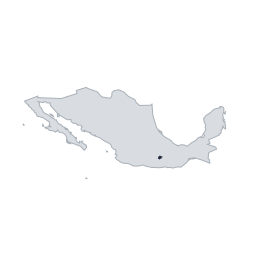 Atenango del Río, Guerrero, Mexico (highlighted), rotated 339°
{"feature_id": "50627088B76307625874886", "entity_name": "Atenango del Río", "entity_type": "district", "adm_level": 2, "iso_a3": "MEX", "parent_name": "Mexico", "parent_adm1": "Guerrero", "projection": "albers", "projection_center": [-99.114, 18.136], "detail": "fine", "context": "in_parent", "style": "filled", "palette": "slate", "viewbox_px": 256, "rotation_deg": 339, "n_neighbors": 0, "source": "geoboundaries", "source_scale": "gbopen_adm2", "svg_char_len": 4221}
<svg xmlns="http://www.w3.org/2000/svg" viewBox="0 0 256 256"><g transform="rotate(339 128 128)"><path d="M41.0,65.8L55.2,65.9L54.4,67.2L76.2,76.6L92.9,77.5L93.1,74.5L103.5,75.1L105.2,77.2L112.3,83.2L113.9,88.0L115.2,89.9L121.9,93.8L124.2,92.5L125.9,89.0L128.0,88.2L132.9,88.9L137.0,92.9L139.7,98.6L144.5,103.8L144.8,107.0L146.9,111.1L157.5,114.9L158.9,114.3L155.8,124.8L154.8,137.4L155.3,140.1L158.1,143.7L157.6,145.7L157.7,143.7L155.4,140.7L156.1,143.5L159.0,149.4L163.7,155.1L164.8,158.6L168.1,162.2L167.2,162.1L169.1,162.9L168.5,162.4L171.9,162.8L174.4,164.0L176.6,166.3L182.4,164.4L186.6,164.0L189.4,162.5L192.4,162.1L193.0,162.6L192.8,163.3L195.3,163.7L196.9,162.5L196.4,160.7L195.6,161.2L195.8,160.8L200.1,157.5L200.3,154.9L201.5,153.4L201.3,149.3L202.0,146.2L205.3,144.3L211.1,143.0L213.6,141.8L216.5,141.4L221.3,142.2L221.7,141.5L220.4,141.5L222.0,141.0L224.0,142.2L224.5,144.0L223.6,146.5L220.8,150.4L220.8,152.9L219.3,154.5L219.6,155.1L221.0,154.8L219.6,156.4L219.7,157.1L220.7,156.8L219.1,163.2L218.7,163.8L217.6,162.4L217.2,160.1L215.9,162.6L214.5,162.9L212.9,166.2L210.8,166.3L210.7,167.3L198.9,167.9L199.1,171.7L196.4,171.8L203.1,177.3L203.0,179.5L194.6,179.8L191.8,185.3L192.7,186.6L191.8,190.2L185.5,184.4L180.5,180.4L177.5,179.0L177.2,179.4L180.0,180.7L175.7,179.6L175.9,178.6L174.8,179.0L174.1,178.2L173.3,179.1L174.8,179.5L172.6,179.8L170.5,181.2L163.7,183.5L159.3,181.8L155.6,181.5L153.1,179.9L150.7,179.2L149.1,177.7L143.1,176.4L135.7,173.1L130.9,170.0L128.9,167.9L123.9,167.2L119.2,165.3L116.2,161.8L109.8,158.4L106.5,153.8L105.4,151.0L108.0,149.8L107.6,148.6L106.5,148.2L108.3,146.2L108.6,143.7L107.2,142.8L105.9,140.2L106.0,137.9L105.2,135.9L101.5,131.9L98.4,127.2L93.5,123.0L94.9,123.8L95.0,123.0L92.4,122.0L90.5,118.8L91.9,119.0L88.0,116.7L87.5,115.6L86.0,115.9L85.8,115.4L87.0,114.3L85.0,115.1L83.9,114.1L83.8,112.1L85.3,110.3L85.8,110.7L84.9,108.8L83.7,107.6L82.0,107.5L81.0,104.9L79.1,104.3L77.9,103.1L77.2,100.9L77.8,99.5L74.3,98.6L68.5,91.2L68.3,89.6L67.4,89.0L64.0,80.1L63.8,77.5L64.3,76.7L61.0,75.3L60.3,73.9L59.2,73.3L57.9,74.0L53.5,71.1L54.2,72.8L53.4,75.9L54.3,78.6L54.8,83.5L59.1,88.2L60.4,91.2L61.2,91.2L61.5,92.1L62.1,92.2L62.7,94.2L64.0,94.8L64.5,98.9L66.8,101.0L67.5,103.3L68.6,104.1L69.2,106.9L70.2,107.6L69.7,105.5L71.0,106.8L72.3,113.0L73.8,114.9L75.6,119.4L75.2,121.2L75.6,122.9L77.3,124.6L78.0,123.0L82.9,129.1L82.3,131.3L80.2,132.7L79.0,132.9L77.1,128.0L69.3,121.1L68.6,121.1L67.1,119.0L66.8,117.6L67.5,114.7L67.0,111.8L65.9,109.7L62.1,107.0L61.5,104.5L60.7,105.5L58.7,105.8L57.4,104.0L53.8,102.1L53.4,100.6L50.8,98.4L50.6,97.6L53.4,98.3L55.1,97.8L55.0,98.5L56.4,99.2L55.9,97.6L55.3,97.4L56.9,94.3L52.1,87.7L47.9,84.7L47.2,83.3L47.4,81.0L46.4,80.2L46.2,77.6L44.9,76.4L44.9,74.9L43.2,72.3L42.9,71.2L43.6,70.5L42.3,69.4L41.0,65.8ZM68.3,91.3L67.7,92.8L66.3,92.2L67.0,89.9L67.9,89.7L68.3,91.3ZM62.6,90.6L60.7,88.7L60.3,86.9L61.2,87.6L61.4,88.6L62.4,88.9L62.6,90.6ZM223.8,149.7L223.2,149.2L223.5,148.5L224.8,147.8L223.8,149.7ZM67.0,121.0L65.7,119.2L66.8,116.0L66.3,118.9L67.0,121.0ZM49.9,96.1L48.9,95.7L49.7,94.1L50.1,95.4L49.9,96.1ZM32.1,88.6L31.2,87.3L31.5,86.9L31.8,86.9L32.1,88.6ZM68.3,121.1L69.1,122.5L67.3,121.1L68.3,121.1ZM100.5,142.6L100.3,143.1L99.8,142.9L99.6,141.9L100.5,142.6ZM76.2,118.3L76.5,119.3L75.6,118.0L76.2,118.3ZM73.1,111.4L73.6,111.9L72.7,112.7L73.1,111.4ZM71.6,160.4L71.2,160.5L70.6,160.1L71.1,159.5L71.6,160.4ZM194.4,162.0L193.4,162.3L195.2,161.7L194.4,162.0ZM80.8,124.3L80.3,124.2L80.3,123.2L80.8,124.3Z" fill="#d9dde1" stroke="#a8b0b8" stroke-width="1"/><path d="M146.3,167.5L146.5,167.5L146.7,167.8L146.8,167.8L146.9,167.7L146.9,167.4L146.8,167.2L146.8,167.3L146.9,167.2L147.0,167.2L147.2,166.9L147.3,166.9L147.4,167.0L147.4,166.9L147.4,167.1L147.5,167.1L147.8,167.1L147.7,167.2L147.6,167.3L147.7,167.5L147.8,167.5L147.8,167.4L148.0,167.3L148.2,167.1L148.3,167.0L148.3,166.9L148.5,166.9L148.3,166.7L148.0,166.6L147.9,166.6L147.6,166.5L147.6,166.4L147.6,166.2L147.4,166.2L147.5,166.1L147.4,166.0L147.2,166.1L146.9,166.2L146.7,166.2L146.4,166.1L146.5,166.2L146.4,166.3L146.4,166.5L146.2,166.6L146.2,166.8L146.3,166.9L146.3,167.0L146.2,167.1L146.0,167.3L146.2,167.5L146.3,167.5L146.3,167.5Z" fill="#64748b" stroke="#1e293b" stroke-width="1.5"/></g></svg>